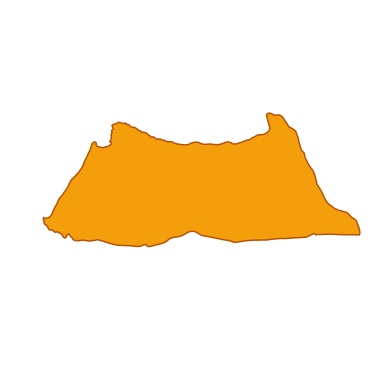 Forto, Gash Barka, Eritrea (Equal Earth projection), rotated 254°
{"feature_id": "51966322B10188364788737", "entity_name": "Forto", "entity_type": "district", "adm_level": 2, "iso_a3": "ERI", "parent_name": "Eritrea", "parent_adm1": "Gash Barka", "projection": "equal_earth", "projection_center": [37.054, 15.822], "detail": "fine", "context": "isolated", "style": "filled", "palette": "amber", "viewbox_px": 384, "rotation_deg": 254, "n_neighbors": 0, "source": "geoboundaries", "source_scale": "gbopen_adm2", "svg_char_len": 6060}
<svg xmlns="http://www.w3.org/2000/svg" viewBox="0 0 384 384"><g transform="rotate(254 192 192)"><path d="M278.1,133.5L277.5,133.4L276.6,133.6L276.0,133.5L274.8,133.8L274.3,133.8L274.2,133.6L273.7,132.3L273.5,132.0L272.0,131.4L271.0,131.4L270.7,131.3L270.4,131.1L270.3,130.7L270.2,130.5L269.5,130.2L268.7,129.8L267.9,129.8L265.0,128.8L263.9,127.9L263.6,127.4L263.1,126.8L262.2,127.7L261.3,128.2L261.2,128.2L260.1,127.1L259.4,125.1L259.1,124.2L259.0,122.9L259.3,121.2L259.3,120.1L259.2,119.4L259.2,118.8L259.6,117.6L260.5,116.0L261.9,113.5L262.6,113.2L264.4,112.9L265.2,113.4L265.9,113.4L266.6,112.7L267.0,112.1L267.0,111.5L266.7,110.4L266.4,110.0L266.0,109.4L265.4,108.9L264.2,108.1L263.6,107.6L262.8,107.2L262.1,106.5L260.9,106.0L258.3,103.5L253.9,99.8L252.1,98.1L251.5,97.8L250.4,96.5L248.9,95.4L247.7,94.8L247.1,94.1L245.9,93.0L244.0,90.9L243.5,90.1L241.9,88.1L239.1,83.4L238.4,82.2L237.4,80.2L236.8,79.3L236.2,78.5L235.4,77.9L233.7,76.2L231.9,74.8L228.4,71.0L224.8,66.5L223.1,63.8L222.7,63.3L221.9,62.2L220.6,60.9L218.8,59.8L217.7,58.6L217.3,58.4L216.7,57.8L215.9,56.7L215.4,56.3L214.7,55.6L212.8,54.1L212.4,53.6L210.2,52.0L208.5,50.4L208.0,49.7L207.1,47.9L206.8,46.6L206.8,46.1L206.8,45.3L207.2,43.7L208.2,42.3L207.6,42.0L207.3,41.7L207.0,41.6L206.4,41.7L205.8,41.6L204.7,41.7L203.3,41.3L202.1,41.3L201.5,41.6L200.8,42.1L200.4,43.0L199.2,43.3L198.7,43.3L197.9,43.5L197.1,43.9L195.8,44.0L195.1,44.3L194.8,44.6L194.0,47.1L193.8,47.4L192.8,48.0L190.8,49.6L190.7,49.8L191.1,50.8L191.1,51.1L190.9,51.6L189.7,52.6L189.4,53.1L189.0,53.5L188.3,54.3L186.9,55.1L183.8,56.1L183.2,56.5L182.9,56.9L182.8,57.6L183.1,58.3L183.6,58.8L185.4,60.4L185.6,60.9L185.5,62.2L183.9,62.8L182.9,62.9L181.1,64.0L179.0,64.7L178.4,65.2L177.5,66.2L177.1,67.8L176.4,69.7L176.1,71.6L176.1,72.2L175.7,74.1L175.1,75.3L174.6,76.7L173.1,79.8L172.9,81.0L172.8,82.4L172.3,85.1L172.2,88.1L172.0,88.6L170.8,90.2L169.5,92.6L168.6,94.1L167.8,94.7L167.4,95.7L166.1,97.5L165.6,98.2L165.0,99.1L164.8,99.8L163.5,101.5L163.0,102.6L162.5,104.0L162.2,104.6L161.5,105.4L160.2,109.0L157.9,116.4L156.4,120.1L155.8,121.8L154.9,123.9L154.5,125.2L154.1,127.3L154.2,128.9L154.4,129.9L154.4,131.7L154.2,132.9L153.8,133.3L153.0,133.8L152.6,133.9L151.9,134.5L151.4,135.3L151.1,138.1L151.1,142.4L150.8,147.9L150.8,149.7L151.0,151.2L151.4,153.1L153.2,157.7L153.4,158.9L153.4,161.8L153.1,164.1L153.0,165.5L152.7,168.1L152.8,170.2L153.0,171.5L154.4,177.0L154.5,178.8L154.4,180.1L154.1,181.7L153.2,183.9L147.6,189.4L136.9,210.3L135.4,213.4L134.6,215.0L133.7,216.3L133.4,216.9L132.8,217.3L132.3,218.3L131.8,218.9L130.3,230.3L129.8,232.8L128.6,238.4L125.2,251.0L124.9,254.0L122.8,264.9L122.5,266.0L122.1,266.7L121.4,269.6L120.8,272.2L120.4,274.8L117.1,289.0L118.1,295.2L118.3,297.0L118.3,298.3L117.8,298.7L117.0,298.9L116.7,299.2L116.5,300.9L115.1,306.4L114.9,307.2L114.8,308.2L114.6,308.7L112.9,314.8L112.0,317.2L111.5,318.9L110.7,320.9L110.4,322.0L108.0,329.6L106.9,334.0L106.3,335.5L106.1,336.7L105.7,337.9L105.2,339.7L104.8,340.4L104.7,341.0L104.9,341.1L105.4,341.6L106.5,342.1L107.0,342.3L108.1,342.4L108.6,342.4L109.1,342.6L109.6,342.6L110.5,342.6L111.0,342.7L112.1,342.7L113.5,342.3L114.2,342.5L116.0,342.1L116.7,342.1L117.4,342.3L119.3,341.8L120.1,341.5L120.7,341.1L122.0,340.1L122.5,339.3L123.0,338.9L127.8,336.4L128.9,335.7L129.8,334.8L130.2,334.2L131.1,332.9L133.4,328.9L134.5,327.4L135.4,326.4L136.1,325.3L136.4,324.9L142.5,320.3L145.2,318.8L150.1,317.6L152.5,317.3L156.2,316.7L157.2,316.4L159.0,316.2L160.5,315.6L165.3,314.3L173.1,314.7L177.2,314.4L178.9,314.1L181.5,313.4L182.5,312.8L183.9,312.3L188.4,311.1L190.2,310.9L193.4,310.2L194.3,310.2L196.5,310.5L198.2,310.5L199.1,310.3L200.2,309.7L201.2,309.0L201.8,308.7L203.6,308.6L205.3,308.7L209.4,308.5L214.5,308.9L220.5,308.5L222.0,308.5L224.2,306.8L224.9,306.3L225.7,305.6L226.7,304.3L227.6,303.5L228.2,303.1L229.3,302.7L230.6,302.5L232.7,301.8L235.5,300.7L237.0,300.4L237.6,300.1L238.8,299.8L240.1,299.1L241.7,297.7L242.1,296.9L242.4,295.7L242.8,293.5L242.9,292.3L244.0,291.6L245.3,290.1L246.4,288.6L246.6,287.8L246.6,286.6L246.4,286.0L245.8,284.9L245.3,284.7L244.4,284.8L242.8,284.6L242.4,284.7L241.1,284.6L239.4,284.4L238.9,284.6L237.4,284.6L236.3,284.4L235.9,284.6L235.3,284.5L234.7,284.7L233.8,284.4L232.9,284.6L232.3,284.5L230.3,283.6L229.8,283.0L228.6,281.1L227.9,279.0L227.7,277.2L227.7,275.4L227.9,274.5L228.5,271.8L228.6,271.0L228.5,269.8L227.8,266.9L227.7,265.8L227.4,265.1L227.3,264.4L226.6,262.9L226.5,262.5L226.5,261.0L226.7,259.3L226.6,256.9L226.4,255.7L226.4,254.5L226.2,253.6L226.1,252.6L226.1,249.7L226.0,248.8L226.1,247.1L226.8,245.3L226.8,244.7L227.1,244.6L227.3,244.2L227.9,243.7L228.6,243.2L228.7,242.9L229.2,242.2L229.8,241.2L230.2,240.3L230.3,239.8L230.4,239.6L230.6,239.2L230.5,237.8L230.2,236.0L230.2,235.0L230.1,232.1L230.2,230.3L230.3,229.9L231.0,228.2L231.4,226.5L232.4,224.3L232.8,223.8L233.5,221.1L234.0,218.3L234.6,216.4L235.9,214.2L237.4,212.7L238.2,211.2L238.6,210.4L239.1,208.3L239.2,206.6L239.2,204.3L238.8,202.9L238.7,202.1L238.8,200.2L239.2,198.3L239.6,197.0L240.1,196.0L241.2,193.2L241.8,192.1L242.4,190.7L242.7,190.3L243.1,189.9L243.9,188.2L245.8,186.8L246.1,186.1L246.1,185.4L246.2,184.9L246.4,184.7L246.5,184.5L246.7,183.1L247.4,181.9L248.4,180.5L248.7,180.0L249.4,179.5L249.9,178.1L250.4,177.3L250.7,177.1L251.1,176.5L251.5,176.4L251.7,176.2L251.7,175.5L252.1,174.6L252.7,172.5L253.3,171.9L255.3,170.5L255.6,170.1L256.0,168.4L256.3,167.6L256.7,167.3L257.4,167.2L257.7,167.1L258.2,166.2L260.1,164.9L260.9,164.6L261.5,164.1L261.7,163.9L262.2,162.8L262.9,161.9L263.2,160.4L263.5,159.8L263.8,159.6L264.7,159.5L265.0,159.3L265.3,158.9L266.3,157.4L268.2,156.3L268.7,155.6L269.4,155.2L271.4,151.3L272.6,150.3L273.4,150.3L273.9,150.0L274.5,148.9L274.7,148.3L275.2,147.6L275.4,147.5L275.8,147.7L276.1,147.6L276.3,147.3L276.9,145.7L276.9,145.4L276.8,144.8L276.8,144.5L277.4,143.4L277.8,143.1L278.5,141.9L278.9,141.6L279.3,140.4L279.2,139.9L278.6,138.6L278.5,137.9L278.5,137.0L278.7,136.4L278.8,135.8L278.7,135.3L278.7,135.0L278.4,134.6L278.4,134.1L278.1,133.5Z" fill="#f59e0b" stroke="#b45309" stroke-width="1.5"/></g></svg>